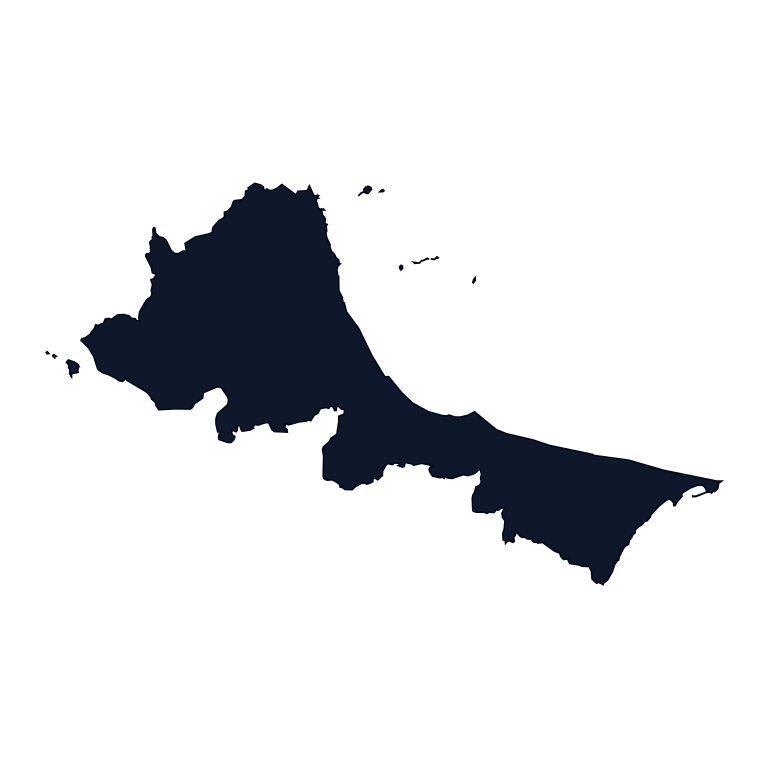 outline of Bangka Tengah, Bangka-Belitung, Indonesia
{"feature_id": "22746128B66707258567489", "entity_name": "Bangka Tengah", "entity_type": "district", "adm_level": 2, "iso_a3": "IDN", "parent_name": "Indonesia", "parent_adm1": "Bangka-Belitung", "projection": "robinson", "projection_center": [106.262, -2.433], "detail": "fine", "context": "isolated", "style": "filled", "palette": "ink", "viewbox_px": 768, "rotation_deg": 0, "n_neighbors": 0, "source": "geoboundaries", "source_scale": "gbopen_adm2", "svg_char_len": 6099}
<svg xmlns="http://www.w3.org/2000/svg" viewBox="0 0 768 768"><path d="M80.9,340.3L88.6,347.9L93.7,356.5L97.6,368.8L98.9,370.3L103.9,373.3L108.4,374.6L115.1,378.0L119.3,380.9L122.9,381.4L126.3,378.0L126.9,380.4L146.6,392.1L150.8,396.8L151.4,398.9L155.3,402.4L156.0,405.6L158.9,409.8L174.2,408.9L190.5,409.1L192.6,407.4L194.5,403.8L202.7,398.1L203.4,392.7L217.5,386.8L221.3,387.6L227.6,397.0L228.4,399.0L228.2,401.8L227.6,404.7L217.5,413.6L215.9,418.8L215.9,424.1L217.7,431.9L218.7,431.6L219.4,433.1L218.5,437.3L219.0,439.5L227.7,442.5L231.2,442.5L234.0,439.6L235.0,436.7L232.4,434.6L231.6,432.4L232.7,430.2L236.1,431.9L237.2,430.4L237.6,425.4L239.9,425.7L240.7,429.0L242.2,431.3L250.2,430.0L253.8,428.2L253.3,426.9L254.5,424.7L258.3,425.1L265.6,422.7L268.8,422.8L271.9,429.7L274.4,431.6L287.4,432.2L287.2,429.5L284.5,427.7L285.9,424.0L288.8,424.9L298.7,422.0L306.2,421.1L308.9,419.9L310.8,420.8L314.3,415.2L317.9,413.3L320.5,408.5L326.3,407.6L328.7,408.5L329.8,406.7L331.1,406.3L333.0,406.7L334.6,410.6L336.4,410.5L336.5,407.2L338.2,406.1L341.5,409.2L343.8,409.4L344.5,410.8L343.9,414.2L338.8,416.1L338.7,421.8L336.8,434.2L330.8,438.3L329.4,441.5L323.4,446.9L322.5,449.5L323.6,456.3L323.1,475.6L323.6,478.2L324.9,479.5L327.2,480.2L332.1,479.9L334.5,481.0L339.3,484.1L340.2,487.3L341.7,487.3L345.2,489.6L352.2,489.7L355.5,486.6L361.6,483.3L364.4,483.0L367.0,484.2L370.6,483.0L372.9,481.6L373.0,478.8L374.7,478.0L377.7,479.9L382.5,475.5L382.6,471.5L385.7,465.3L387.9,463.7L392.7,464.7L394.1,463.1L399.5,463.3L399.3,464.6L397.9,465.6L402.6,467.2L404.1,466.5L405.4,462.5L412.9,464.2L413.4,465.3L421.5,463.4L428.8,464.8L432.1,466.2L429.4,468.2L429.2,469.9L430.1,472.8L432.6,476.2L439.9,477.8L442.5,477.2L444.2,478.4L445.9,475.3L447.0,477.9L452.0,478.5L463.6,474.7L467.3,475.6L472.4,474.4L475.3,473.0L480.0,468.8L481.4,474.1L480.5,478.3L481.3,481.7L479.8,485.1L475.8,487.1L474.6,492.0L472.8,495.2L472.2,498.3L472.7,510.3L473.3,511.3L476.5,512.3L483.9,512.2L487.0,513.5L488.9,512.2L494.1,512.6L496.2,509.9L498.7,510.2L500.5,508.5L504.5,507.7L501.9,513.2L502.5,517.6L504.9,520.7L504.3,528.1L502.7,534.0L503.2,540.1L505.1,540.0L505.5,543.5L506.8,541.8L508.9,540.8L512.9,542.4L514.3,541.5L513.7,537.0L515.0,536.0L515.9,532.8L516.7,532.7L521.0,537.0L525.6,537.5L527.1,539.0L531.3,539.1L532.0,539.4L532.1,540.8L533.8,542.2L537.4,542.5L538.0,543.2L542.4,542.5L554.3,551.0L559.6,553.2L561.0,556.9L563.5,559.5L567.5,559.0L569.7,563.5L579.2,565.0L582.2,566.3L589.2,566.6L591.4,571.4L592.0,579.1L596.6,583.3L598.7,582.4L603.2,584.7L603.6,583.2L607.5,580.2L612.3,571.8L614.9,564.2L617.6,560.5L618.7,560.2L619.2,557.0L623.6,548.2L625.5,546.0L628.6,544.4L629.5,540.2L631.9,537.3L632.3,535.4L635.4,532.6L634.9,530.4L638.6,526.7L642.6,524.3L644.4,521.7L647.0,521.0L650.3,517.1L650.9,514.9L658.9,506.2L666.1,500.5L668.8,499.2L670.0,499.3L672.5,501.4L673.5,502.9L673.7,505.6L675.1,505.7L677.2,501.8L682.2,496.2L681.5,494.7L682.7,492.8L690.1,488.2L697.0,485.4L701.3,485.1L703.7,486.0L705.9,489.1L706.5,492.1L695.6,496.2L692.7,495.9L692.7,496.7L696.0,496.6L706.2,492.5L710.4,492.0L711.7,493.2L712.7,491.5L714.7,491.6L717.0,489.7L718.1,487.4L718.7,483.2L721.9,481.0L716.8,481.0L664.0,470.3L628.6,460.1L593.5,455.3L592.7,454.4L549.6,445.4L533.4,440.0L506.3,433.6L496.3,429.6L474.5,411.7L468.3,415.1L460.4,417.0L455.2,417.0L448.9,415.0L446.7,415.9L442.8,415.6L428.5,411.7L412.7,403.1L401.2,392.1L388.6,376.5L385.4,376.9L384.1,375.6L371.8,355.3L358.7,328.3L346.5,311.7L344.3,302.9L342.7,302.5L343.0,300.6L342.0,298.9L342.5,297.7L338.9,290.6L338.7,276.2L337.1,274.1L337.6,273.1L336.8,270.1L338.0,266.1L340.3,263.8L338.6,263.6L339.2,261.9L338.4,261.2L338.8,260.1L336.0,257.5L334.3,253.9L331.8,251.8L329.9,247.1L330.2,244.9L326.8,237.6L325.9,232.9L326.8,231.1L326.2,226.1L327.3,224.5L324.8,223.3L325.3,219.4L324.9,217.8L322.6,214.9L322.0,211.7L320.8,209.9L324.5,210.1L323.6,209.1L323.4,209.7L321.5,208.8L319.8,209.3L318.1,207.4L317.0,202.7L315.8,201.3L316.7,200.0L316.8,198.1L318.5,198.1L317.3,197.1L318.5,195.9L316.9,195.9L318.4,194.9L315.6,195.8L313.6,195.0L309.4,185.7L307.2,190.6L297.9,191.3L296.1,194.9L281.8,184.4L277.3,188.1L272.5,190.3L269.1,190.4L267.0,188.9L263.8,190.4L263.5,187.1L260.7,184.9L254.7,183.3L248.1,187.8L248.7,189.9L245.6,191.1L245.3,196.1L241.9,199.7L234.3,200.6L232.7,202.9L231.6,207.0L227.5,211.2L224.3,212.2L224.5,216.2L223.5,217.9L218.9,220.5L213.0,227.3L212.3,230.8L212.9,232.0L208.8,233.9L195.2,236.9L185.0,243.4L186.3,250.8L187.3,250.7L187.4,251.3L182.9,251.0L178.3,253.6L174.6,253.5L171.0,250.2L166.2,240.3L163.2,237.7L159.2,236.7L155.7,233.5L154.8,227.8L153.5,227.8L152.8,229.9L153.2,235.8L152.2,237.2L152.6,239.4L150.1,241.5L149.7,243.1L150.5,246.0L150.5,252.0L149.7,253.5L146.6,253.8L145.7,254.9L145.9,256.8L151.2,267.1L152.4,272.9L156.4,274.3L153.6,278.7L150.8,279.7L152.5,284.6L151.2,290.4L151.9,293.9L151.0,296.5L146.1,300.3L139.5,311.9L138.7,318.5L140.1,321.1L136.6,320.6L135.1,318.6L131.4,318.3L128.9,315.7L123.4,314.5L117.5,314.9L111.5,319.2L108.5,318.4L105.2,319.0L103.2,323.7L101.6,323.6L98.2,325.5L95.7,324.7L94.2,328.8L91.1,332.2L90.7,333.8L85.3,337.7L81.8,338.8L80.9,340.3ZM74.6,362.1L68.4,359.9L66.4,362.2L69.1,365.5L68.4,367.9L69.7,368.7L69.7,374.1L70.8,374.5L70.7,376.0L71.6,377.1L71.7,373.7L78.2,372.4L77.8,370.1L78.5,366.5L79.1,366.6L78.1,364.5L74.6,362.1ZM370.8,187.3L368.0,186.2L366.0,186.8L363.7,189.3L363.9,191.8L361.3,192.6L358.2,196.0L362.3,192.5L364.4,192.4L367.1,193.6L368.4,193.1L371.5,189.2L370.8,187.3ZM401.0,270.2L402.7,268.4L402.3,266.0L401.1,265.2L399.7,266.6L399.6,268.2L401.0,270.2ZM473.3,283.0L475.4,280.5L475.2,277.6L473.5,279.7L472.8,282.5L473.3,283.0ZM383.3,189.7L381.6,189.9L379.7,191.8L382.8,191.7L384.1,190.7L383.3,189.7ZM56.4,356.3L53.9,354.6L52.8,355.3L53.1,356.7L54.3,356.8L54.7,358.7L54.8,357.1L56.4,356.3ZM419.7,263.0L422.3,259.9L419.1,263.0L413.4,262.2L414.8,263.4L419.7,263.0ZM438.4,257.6L436.8,256.8L434.8,259.1L430.6,258.9L434.5,259.6L436.7,257.8L437.8,258.4L438.4,257.6ZM429.1,259.2L427.1,258.2L422.1,261.1L427.3,258.9L429.1,259.2ZM49.0,353.6L47.2,351.6L46.1,352.6L47.2,353.9L49.0,353.6Z" fill="#0f172a" stroke="#020617" stroke-width="1.5"/></svg>